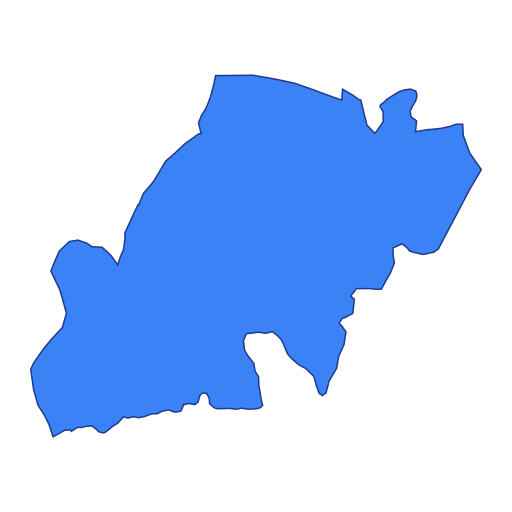 Markz Al Idwa, Al Minya, Egypt (Robinson projection)
{"feature_id": "37247803B26025252880900", "entity_name": "Markz Al Idwa", "entity_type": "district", "adm_level": 2, "iso_a3": "EGY", "parent_name": "Egypt", "parent_adm1": "Al Minya", "projection": "robinson", "projection_center": [30.744, 28.697], "detail": "fine", "context": "isolated", "style": "filled", "palette": "blue", "viewbox_px": 512, "rotation_deg": 0, "n_neighbors": 0, "source": "geoboundaries", "source_scale": "gbopen_adm2", "svg_char_len": 3253}
<svg xmlns="http://www.w3.org/2000/svg" viewBox="0 0 512 512"><path d="M252.2,75.2L248.6,75.3L215.6,75.6L213.8,84.4L210.5,96.7L207.9,103.9L205.2,109.7L201.8,114.8L198.5,122.8L201.1,133.8L198.8,133.8L185.3,143.4L172.1,155.7L165.9,160.8L161.1,168.8L154.3,180.3L151.4,184.1L143.4,193.4L138.7,205.0L138.1,204.7L133.6,213.8L129.3,223.4L124.9,232.9L125.0,237.6L124.1,245.9L123.1,250.7L120.9,255.4L117.7,264.9L115.4,261.6L111.3,255.9L107.0,251.6L102.0,247.2L92.2,246.8L86.6,243.1L77.9,240.1L69.4,241.5L59.1,251.3L53.9,263.4L50.9,271.1L59.9,290.0L63.2,301.4L66.4,313.4L62.4,327.4L50.4,340.4L42.6,350.1L33.7,362.9L30.7,369.4L33.6,389.6L38.1,405.4L44.5,415.4L48.9,424.2L52.6,435.4L53.1,436.8L64.8,430.2L70.6,430.0L71.4,431.4L77.2,427.5L81.7,427.4L87.4,426.1L91.9,426.0L96.5,429.4L98.8,431.7L102.3,432.8L104.5,432.7L107.9,430.3L108.7,429.6L112.3,426.6L117.9,423.0L123.4,416.9L128.0,418.0L133.6,416.7L138.2,417.7L145.0,416.4L151.7,413.9L155.4,413.8L157.4,413.7L161.9,411.3L168.6,409.9L174.4,412.1L178.0,411.7L178.8,411.7L179.9,411.3L181.1,410.8L183.1,406.1L183.3,404.8L188.9,403.5L194.9,404.6L195.5,404.2L198.0,402.1L200.1,395.0L203.0,392.9L206.8,393.6L209.2,398.3L209.6,403.8L214.4,407.9L217.4,408.7L227.6,408.5L229.8,408.4L233.3,408.9L236.7,409.2L240.1,408.4L241.2,408.1L242.1,408.3L246.9,409.0L248.2,409.1L249.1,409.1L253.6,409.0L255.9,408.8L256.8,408.7L260.4,407.7L261.6,406.4L262.7,405.3L261.4,400.6L260.1,392.3L258.8,385.3L258.6,377.1L257.4,374.7L255.1,371.2L254.1,365.0L253.9,363.4L251.6,360.6L248.1,356.0L247.5,355.2L244.6,350.1L243.4,340.8L246.3,333.7L255.6,332.6L258.8,332.2L265.6,333.3L267.9,332.7L271.0,332.0L272.4,331.6L273.5,332.5L275.8,334.2L278.2,336.4L279.1,337.4L280.8,339.1L281.4,340.1L282.1,341.4L283.7,344.7L284.0,345.4L286.1,350.5L287.6,353.9L291.4,358.3L292.9,359.7L298.6,364.7L299.8,365.3L301.4,366.2L305.7,368.5L310.7,373.3L313.7,376.2L316.0,384.0L316.6,386.3L317.3,388.3L319.1,393.3L322.5,395.6L323.6,394.4L325.9,393.1L326.9,389.6L329.0,381.3L336.7,368.1L338.7,356.3L343.8,345.0L344.1,344.3L345.1,337.2L346.0,332.0L342.4,326.8L341.6,325.7L339.1,323.2L342.0,318.6L345.7,317.3L352.8,313.4L353.3,308.7L354.4,299.3L350.7,296.0L353.8,292.1L356.5,288.6L362.1,288.6L367.8,288.6L370.0,288.6L371.8,288.8L375.1,289.1L376.9,289.2L381.4,289.2L385.8,280.8L390.1,273.7L394.4,263.0L393.2,255.9L393.0,247.7L395.7,246.7L396.3,246.4L402.0,243.9L406.6,247.3L409.6,251.0L412.9,252.1L415.8,252.8L422.6,254.4L426.0,254.0L430.1,252.9L433.6,252.3L438.4,249.0L440.3,245.2L470.1,188.7L481.3,169.6L470.4,154.0L469.8,153.2L463.2,135.2L463.2,134.2L462.7,124.2L457.2,124.2L456.3,124.2L452.6,125.5L450.5,126.3L440.9,128.4L430.3,129.5L428.6,129.5L416.5,131.5L415.5,131.7L415.7,130.2L416.5,120.9L415.5,120.1L411.1,116.9L410.1,111.2L410.5,110.3L412.7,105.8L415.6,101.0L416.8,96.8L416.7,93.7L415.9,91.3L414.5,90.4L413.5,90.4L410.5,89.1L403.9,90.0L402.1,90.7L399.2,91.6L393.4,95.2L387.6,98.8L385.8,100.3L384.7,101.7L380.7,104.7L380.3,105.6L380.0,106.3L380.3,107.0L383.1,111.7L383.2,121.7L376.4,131.5L374.9,133.3L374.2,132.6L366.9,125.1L364.3,114.5L360.8,99.9L359.6,100.1L352.3,94.9L342.6,89.2L341.7,100.1L340.9,99.8L331.2,96.4L318.8,91.9L315.0,90.4L296.0,83.7L294.5,83.2L284.7,81.1L278.1,79.7L267.6,77.7L252.2,75.2Z" fill="#3b82f6" stroke="#1e3a8a" stroke-width="1.5"/></svg>